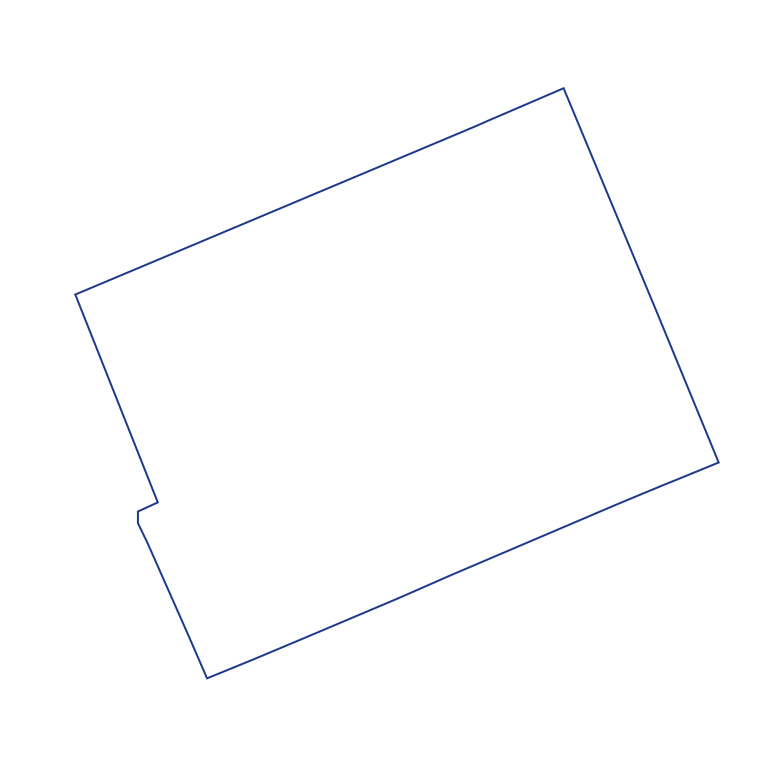 Warren, Pennsylvania, United States of America, rotated 157°
{"feature_id": "52423323B37768235748042", "entity_name": "Warren", "entity_type": "district", "adm_level": 2, "iso_a3": "USA", "parent_name": "United States of America", "parent_adm1": "Pennsylvania", "projection": "albers", "projection_center": [-79.218, 41.811], "detail": "fine", "context": "isolated", "style": "outline", "palette": "blue", "viewbox_px": 768, "rotation_deg": 157, "n_neighbors": 0, "source": "geoboundaries", "source_scale": "gbopen_adm2", "svg_char_len": 430}
<svg xmlns="http://www.w3.org/2000/svg" viewBox="0 0 768 768"><g transform="rotate(157 384 384)"><path d="M633.2,586.5L638.5,363.4L660.3,362.8L664.9,352.0L663.8,329.5L662.3,231.0L661.9,182.2L610.3,181.5L547.6,181.3L453.4,181.2L396.3,181.9L217.6,182.2L186.7,182.0L164.6,181.8L154.3,181.6L106.6,181.0L104.8,341.8L103.1,586.1L184.4,585.7L199.5,585.5L633.3,587.0L633.2,586.5Z" fill="none" stroke="#1e3a8a" stroke-width="2"/></g></svg>